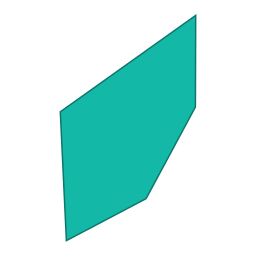 map outline of George Hill (Robinson projection)
{"feature_id": "AIA-5116", "entity_name": "George Hill", "entity_type": "District", "adm_level": 1, "iso_a3": "AIA", "parent_name": "Anguilla", "parent_adm1": "", "projection": "robinson", "projection_center": [-63.068, 18.211], "detail": "fine", "context": "isolated", "style": "filled", "palette": "teal", "viewbox_px": 256, "rotation_deg": 0, "n_neighbors": 0, "source": "natural_earth", "source_scale": "10m", "svg_char_len": 200}
<svg xmlns="http://www.w3.org/2000/svg" viewBox="0 0 256 256"><path d="M60.3,111.8L195.7,15.4L195.4,107.0L146.1,198.6L66.4,240.6L60.3,111.8Z" fill="#14b8a6" stroke="#0f766e" stroke-width="1.5"/></svg>